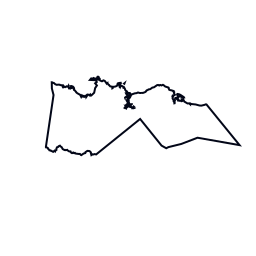 the district of Kairuku - Hiri District, Central, Papua New Guinea, rotated 141°
{"feature_id": "67681753B66231451727699", "entity_name": "Kairuku - Hiri District", "entity_type": "district", "adm_level": 2, "iso_a3": "PNG", "parent_name": "Papua New Guinea", "parent_adm1": "Central", "projection": "albers", "projection_center": [147.055, -8.887], "detail": "fine", "context": "isolated", "style": "outline", "palette": "ink", "viewbox_px": 256, "rotation_deg": 141, "n_neighbors": 0, "source": "geoboundaries", "source_scale": "gbopen_adm2", "svg_char_len": 5983}
<svg xmlns="http://www.w3.org/2000/svg" viewBox="0 0 256 256"><g transform="rotate(141 128 128)"><path d="M52.1,44.5L52.2,96.9L52.6,97.4L53.9,97.8L56.9,99.2L58.3,100.5L60.6,103.7L63.5,106.6L64.2,107.7L64.5,107.8L64.8,107.4L64.9,108.0L64.6,108.4L66.3,109.6L67.6,113.1L67.0,115.7L67.3,115.6L67.4,114.8L67.8,114.6L68.7,115.3L68.7,115.8L69.8,114.3L69.1,115.9L70.0,116.0L70.8,116.7L71.1,117.6L71.0,118.1L71.5,118.2L71.6,117.6L71.8,117.7L71.7,118.2L71.2,118.6L71.6,119.3L70.3,120.0L70.9,120.7L71.6,120.9L72.1,121.4L72.3,121.0L73.3,121.0L73.9,120.6L74.3,119.9L74.5,118.9L74.8,119.9L74.8,120.6L75.5,119.4L75.7,118.4L76.2,117.9L76.4,118.0L75.9,118.6L75.7,120.2L74.8,121.3L74.9,122.3L74.7,123.0L74.3,123.5L73.5,123.9L73.6,124.6L72.8,125.1L72.3,124.6L71.6,124.6L71.1,124.3L70.8,124.3L70.2,126.6L69.5,126.8L69.5,127.4L69.2,127.9L69.7,128.7L70.0,128.8L70.3,129.7L71.4,130.9L71.9,131.9L71.6,132.4L71.5,133.2L71.1,133.6L71.1,134.0L72.9,136.7L73.1,137.3L73.3,138.6L73.7,139.6L75.2,140.0L75.8,141.1L76.4,141.4L77.0,141.4L77.5,142.5L78.4,143.0L82.2,143.3L83.7,144.1L86.1,144.2L86.7,144.4L87.8,145.1L89.0,145.1L89.7,145.5L90.5,145.4L91.0,145.1L92.0,145.1L94.2,145.8L95.2,146.6L95.9,146.4L95.5,146.6L95.6,146.8L96.9,147.9L97.9,149.3L99.4,149.7L101.0,150.7L103.8,151.7L105.5,151.6L105.6,151.3L107.4,150.4L107.6,150.4L107.7,150.8L108.2,150.7L109.7,149.8L110.0,149.0L110.6,148.6L111.7,146.2L111.7,145.6L110.9,144.6L110.1,144.4L109.8,144.8L109.9,144.2L110.3,144.1L111.3,144.6L111.8,143.6L112.6,143.0L112.2,142.4L111.9,141.4L111.1,140.9L110.1,141.2L110.0,140.5L110.5,140.7L111.3,140.2L111.6,141.0L111.9,140.8L111.7,140.3L112.3,140.7L112.1,141.1L112.2,141.9L113.1,143.0L112.3,144.1L113.0,144.7L113.5,144.4L114.1,144.8L114.7,144.6L115.4,144.7L115.9,145.0L116.2,145.8L116.4,144.8L117.0,144.4L117.1,144.8L117.7,145.1L118.0,145.8L117.7,145.9L116.9,144.8L116.7,144.9L116.2,146.1L115.8,145.8L115.8,145.3L115.4,145.0L114.3,145.1L113.8,145.7L112.7,146.2L112.6,146.5L112.9,146.8L114.9,146.8L114.9,147.1L112.4,147.2L112.2,147.5L112.2,148.2L111.7,149.0L111.9,149.7L111.8,150.1L111.5,149.6L110.3,150.8L107.9,152.1L107.9,152.3L108.5,152.8L109.8,152.9L110.4,153.4L111.2,153.3L111.1,153.5L108.4,153.4L107.6,152.9L106.6,153.0L105.6,152.3L104.7,152.6L104.5,153.8L104.7,154.1L106.6,156.0L106.8,156.0L107.1,154.6L107.8,154.3L107.4,154.8L107.9,155.2L107.8,155.7L107.3,155.1L107.1,156.2L106.7,156.9L106.2,157.0L106.2,159.3L105.7,160.6L105.5,162.0L106.1,161.9L106.2,162.1L105.8,162.3L105.7,163.1L106.5,165.1L107.1,165.6L107.7,165.7L108.0,164.8L108.5,164.6L108.7,165.0L108.4,166.0L108.3,165.5L108.4,164.9L108.1,165.1L108.1,165.5L107.8,165.8L107.0,165.9L106.8,167.5L105.4,167.3L105.2,167.7L106.6,168.6L107.9,169.1L108.4,168.8L108.2,168.5L108.5,168.1L108.5,167.7L109.0,167.6L109.4,167.8L110.5,167.8L112.2,168.4L114.1,169.7L114.6,168.8L114.9,168.6L115.2,168.7L114.5,169.5L114.4,170.2L115.6,171.5L115.7,172.7L115.6,173.2L115.9,173.8L115.8,174.5L116.2,176.2L115.9,176.3L116.2,176.5L116.6,176.3L116.4,179.0L117.0,180.4L117.5,180.6L118.4,180.5L119.0,180.9L119.8,182.5L119.8,183.1L119.0,184.0L119.0,184.4L119.3,184.9L118.7,186.0L118.8,186.5L119.4,187.0L119.9,186.8L119.9,185.8L119.5,185.3L119.6,184.8L119.4,184.1L119.6,183.6L120.0,183.6L121.4,185.0L121.7,185.5L121.7,186.4L122.2,186.6L122.5,187.4L122.9,187.7L123.4,188.6L123.9,188.5L123.6,187.9L124.3,188.1L124.6,187.8L125.1,187.9L125.4,188.7L125.3,189.0L125.1,189.2L124.7,189.0L125.4,189.7L127.3,189.3L123.5,185.9L123.1,185.0L123.2,183.7L123.5,183.3L125.4,183.4L125.4,180.6L128.4,179.7L132.1,176.7L135.8,176.4L136.1,176.8L136.6,176.6L136.8,176.8L136.5,176.9L136.4,177.4L136.8,177.5L136.6,177.8L137.0,177.8L137.7,178.7L138.2,178.8L138.3,179.3L139.2,179.4L139.2,179.6L139.5,179.6L139.5,179.4L139.9,179.4L140.1,178.6L140.8,178.4L140.6,178.7L141.1,178.9L141.3,179.8L141.8,180.0L142.0,179.9L142.1,180.6L142.3,180.6L142.5,180.9L142.5,180.6L142.9,180.5L142.9,180.3L143.3,180.6L143.3,182.2L144.8,181.6L144.3,183.9L145.5,186.9L145.8,188.3L145.6,188.6L145.7,190.4L145.7,191.1L146.0,191.5L145.7,192.3L145.4,192.2L144.9,192.8L144.8,193.3L145.8,194.3L146.8,194.6L147.2,195.7L147.9,195.6L148.3,195.3L148.5,195.8L148.9,196.0L148.6,196.7L148.4,196.4L148.2,196.5L148.3,197.4L147.8,198.3L148.4,198.1L148.9,198.2L149.4,198.5L149.5,199.0L151.1,199.3L151.5,200.3L152.5,200.2L152.9,200.4L152.8,201.1L151.7,201.2L151.8,201.6L151.6,202.0L153.7,204.0L153.8,204.6L154.9,205.6L156.2,206.4L157.0,207.8L157.3,209.7L157.8,210.1L158.1,211.1L158.5,211.5L162.3,206.6L165.1,200.5L203.8,164.9L203.9,164.5L203.3,164.0L202.9,162.9L203.2,162.4L203.0,161.1L203.1,160.1L202.4,159.5L202.1,158.9L202.2,158.6L201.5,157.5L201.2,156.6L199.3,156.6L199.3,155.7L198.4,156.1L197.4,156.0L196.9,156.8L195.4,157.7L194.0,157.2L193.4,157.5L192.0,157.1L192.0,156.0L191.6,154.9L192.0,152.7L191.2,150.8L190.7,150.6L190.3,149.9L189.0,149.3L189.0,148.5L188.4,146.7L187.4,146.0L187.7,144.8L187.4,143.8L186.7,143.3L186.1,143.5L185.8,143.3L185.6,142.3L184.9,142.0L184.9,141.3L184.5,140.8L182.6,138.8L181.7,138.1L181.6,136.7L181.4,136.3L178.6,136.1L177.0,135.4L176.3,136.0L174.0,135.8L172.8,134.7L172.4,134.2L172.2,132.4L172.7,131.8L173.5,130.0L172.1,129.9L171.9,129.4L170.3,128.7L169.4,127.5L112.9,127.4L113.0,93.2L111.0,88.2L108.6,87.7L96.7,82.1L80.1,76.7L52.1,44.5ZM68.5,123.3L68.4,123.0L68.6,122.8L68.6,122.4L69.2,122.1L69.3,121.9L69.0,121.0L68.2,120.0L67.1,119.5L66.3,116.9L65.3,116.4L65.2,116.9L65.4,117.5L66.4,120.7L67.1,122.1L68.1,123.3L68.5,123.3ZM113.9,145.0L113.7,144.6L113.2,145.0L112.6,145.0L112.4,145.3L112.7,145.6L113.9,145.0ZM108.2,152.8L107.7,152.3L108.0,152.8L108.2,152.8ZM145.1,194.8L144.8,194.2L144.7,194.2L144.7,194.6L145.1,194.8ZM106.1,158.0L106.0,156.8L105.9,156.7L105.8,157.2L106.1,158.0ZM106.8,151.2L106.4,151.1L106.2,151.3L106.4,151.4L106.8,151.2ZM103.1,165.0L103.0,164.7L102.5,165.0L103.1,165.0ZM145.6,196.2L145.5,195.6L145.4,195.5L145.3,196.0L145.6,196.2ZM106.7,152.6L106.6,152.3L106.2,152.4L106.5,152.6L106.7,152.6ZM109.6,153.1L108.9,153.0L109.1,153.2L109.6,153.1Z" fill="none" stroke="#020617" stroke-width="2"/></g></svg>